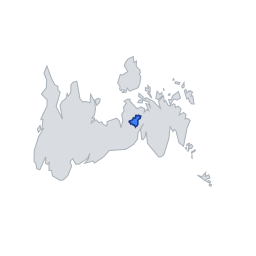 location of South Lanarkshire within United Kingdom, rotated 107°
{"feature_id": "GBR-2010", "entity_name": "South Lanarkshire", "entity_type": "Unitary District", "adm_level": 1, "iso_a3": "GBR", "parent_name": "United Kingdom", "parent_adm1": "", "projection": "natural_earth1", "projection_center": [-3.869, 55.56], "detail": "fine", "context": "in_parent", "style": "filled", "palette": "blue", "viewbox_px": 256, "rotation_deg": 107, "n_neighbors": 0, "source": "natural_earth", "source_scale": "10m", "svg_char_len": 4783}
<svg xmlns="http://www.w3.org/2000/svg" viewBox="0 0 256 256"><g transform="rotate(107 128 128)"><path d="M138.6,193.2L126.4,199.6L122.5,199.1L117.8,195.9L112.9,196.3L115.0,194.6L110.7,193.1L103.4,195.2L100.2,193.8L98.3,190.6L114.1,182.5L116.6,178.5L115.2,177.3L114.8,171.7L106.6,173.7L112.5,167.6L119.6,164.6L125.8,163.9L129.0,165.5L128.1,163.0L129.5,162.4L131.6,164.7L134.0,164.6L129.5,160.9L131.4,156.9L129.7,154.9L131.8,152.8L132.2,148.9L128.0,149.8L122.0,141.9L123.8,138.1L129.8,134.9L122.6,135.0L116.9,138.0L112.8,136.8L109.1,138.4L104.9,136.8L103.5,139.6L100.4,136.6L99.9,134.3L101.5,134.3L106.9,125.1L103.9,121.5L104.8,117.4L108.2,117.2L104.6,115.2L105.2,113.3L99.4,118.1L99.3,115.0L102.5,112.0L97.1,115.8L97.0,120.3L94.6,127.1L91.6,127.6L95.4,119.7L93.7,119.5L95.0,111.7L99.9,102.6L93.5,106.7L86.9,103.4L92.4,101.0L90.6,100.1L94.4,96.5L94.8,94.2L91.6,91.6L91.6,90.1L94.6,88.7L92.4,86.5L94.3,82.8L100.5,82.8L97.0,79.4L98.1,76.5L102.6,76.0L101.5,73.9L102.5,70.7L110.4,71.6L129.3,69.5L127.1,75.0L116.5,81.4L115.9,83.3L118.3,83.9L114.5,88.1L126.0,85.8L142.8,85.9L145.6,87.5L146.8,90.0L137.1,104.8L125.9,109.7L131.8,109.1L135.0,110.5L134.7,111.6L125.2,115.7L119.2,114.4L129.5,117.0L135.8,115.7L142.1,117.9L149.0,123.8L155.1,139.4L163.0,143.0L171.4,149.9L169.7,151.7L174.4,159.1L168.9,156.8L163.4,157.1L168.6,157.6L176.7,164.1L177.9,167.3L173.6,171.9L177.0,173.7L180.9,170.8L191.0,171.6L196.6,174.7L197.9,177.9L195.9,186.2L190.9,188.9L191.6,191.2L184.1,193.4L186.2,194.1L186.2,196.3L179.6,198.2L193.8,200.1L193.6,203.4L188.6,205.9L187.5,208.1L176.7,211.1L162.4,211.0L153.3,208.6L154.5,210.0L144.6,211.8L145.6,213.6L144.5,214.0L130.6,211.9L124.8,213.5L120.9,220.7L113.4,217.9L105.8,219.8L100.1,224.4L92.4,223.7L103.4,215.3L107.9,210.8L108.8,207.1L112.0,206.2L113.6,203.3L128.6,203.0L138.6,193.2ZM87.9,151.1L79.0,151.0L79.1,149.1L74.1,144.7L69.5,149.7L65.6,149.5L62.1,148.2L58.1,143.9L63.7,141.3L61.5,139.5L66.6,138.2L69.1,133.6L71.3,132.4L73.0,133.2L75.1,130.8L81.8,129.7L86.6,130.2L92.3,137.3L90.0,140.5L94.1,140.1L95.7,143.1L95.5,144.1L92.9,142.2L93.0,145.2L94.4,145.4L93.7,147.2L90.6,147.8L87.9,151.1ZM86.3,74.3L84.5,77.3L81.4,79.0L83.1,80.3L75.8,85.1L74.1,84.0L77.2,82.0L74.5,80.6L75.5,79.8L74.1,79.0L74.9,76.8L79.1,77.3L78.4,75.4L85.8,71.8L86.3,74.3ZM86.9,89.4L86.9,92.8L93.4,94.3L88.9,97.6L88.3,94.8L84.3,94.8L78.4,90.5L84.0,86.5L86.9,89.4ZM151.8,35.1L154.6,38.4L156.0,37.9L152.8,47.8L152.9,43.0L147.8,40.7L151.7,39.9L149.0,37.1L151.8,35.1ZM91.7,110.0L84.3,110.9L86.7,107.4L84.2,106.0L87.3,104.6L92.0,107.4L91.7,110.0ZM111.8,162.6L115.6,164.6L111.0,167.8L108.5,165.5L108.3,163.2L111.8,162.6ZM86.7,117.4L87.2,122.3L84.2,123.2L84.3,120.1L81.6,121.6L82.8,118.7L86.7,117.4ZM129.2,61.4L129.0,63.0L133.2,63.9L127.7,64.5L125.1,62.8L126.6,60.6L129.2,61.4ZM100.9,126.0L97.8,125.4L97.2,122.1L99.8,121.7L100.9,126.0ZM158.4,212.4L155.8,214.3L151.3,212.9L154.9,210.9L158.4,212.4ZM88.9,119.5L87.5,118.1L92.4,114.0L91.4,116.0L88.9,119.5ZM72.3,86.3L73.9,87.3L72.6,88.9L68.1,87.7L72.3,86.3ZM71.5,96.3L69.7,96.0L69.4,91.6L71.4,91.8L71.5,96.3ZM156.1,36.7L154.4,35.2L155.4,33.2L156.8,33.8L156.1,36.7ZM133.6,59.8L132.4,60.3L129.2,57.4L130.2,57.0L133.6,59.8ZM127.7,66.7L126.2,66.9L124.6,64.7L126.3,64.8L127.7,66.7ZM159.6,31.6L159.0,33.8L157.7,33.6L157.7,31.6L159.6,31.6ZM137.7,58.4L134.5,59.1L138.0,57.9L137.7,58.4ZM84.9,99.0L84.0,99.2L82.8,98.0L84.3,97.5L84.9,99.0ZM131.4,66.1L130.3,67.4L129.5,66.2L131.4,66.1ZM81.3,105.0L79.4,105.6L82.0,104.3L81.3,105.0ZM69.2,99.0L68.0,99.2L67.5,98.8L68.7,98.0L69.2,99.0Z" fill="#d9dde1" stroke="#a8b0b8" stroke-width="1"/><path d="M116.9,125.9L116.6,125.8L116.7,125.4L116.8,125.0L116.9,124.7L116.9,124.4L116.7,124.1L116.4,123.8L116.2,123.8L115.9,123.8L115.6,123.9L115.4,124.1L115.0,124.2L114.2,124.2L113.8,124.2L113.6,124.2L113.4,124.0L113.4,123.8L113.8,123.5L113.9,123.3L113.9,123.2L113.5,122.8L113.3,122.6L113.0,122.1L112.8,121.8L113.0,121.7L113.2,121.4L113.3,121.1L113.2,120.9L112.8,120.6L112.7,120.4L112.8,120.3L112.9,120.2L113.0,120.0L113.0,119.8L113.2,120.0L113.5,120.0L113.7,119.8L113.7,119.6L113.6,119.4L113.6,119.2L113.9,119.2L114.2,119.2L114.8,119.3L115.1,119.2L115.1,119.3L115.4,119.5L116.6,120.2L117.4,120.7L117.7,120.9L118.0,120.9L118.4,120.7L119.4,120.4L120.0,120.0L120.4,119.9L120.7,119.8L121.7,119.7L122.0,119.7L122.4,119.9L123.0,120.0L123.9,120.3L124.2,120.9L124.2,121.2L124.3,121.3L124.7,121.3L123.6,122.4L123.5,122.6L123.7,122.8L123.6,123.1L123.0,123.1L122.9,123.3L123.2,123.7L123.3,123.9L123.5,124.0L123.4,124.3L123.5,124.8L123.1,125.2L123.1,125.5L122.8,126.2L123.3,126.7L122.3,127.2L122.4,127.5L122.3,127.8L122.3,128.1L121.8,128.3L121.7,128.5L121.7,128.8L121.3,128.9L120.9,128.5L120.5,128.3L120.4,128.1L120.4,127.6L119.9,127.4L119.5,126.7L118.7,126.1L118.0,125.9L116.9,125.9Z" fill="#3b82f6" stroke="#1e3a8a" stroke-width="1.5"/></g></svg>